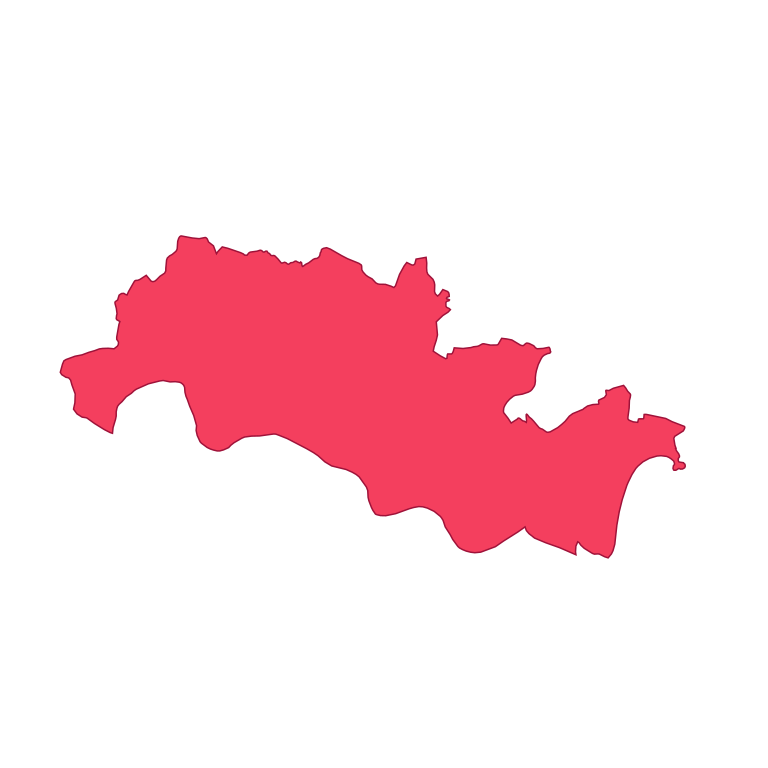 Son Tinh, Quảng Ngãi, Vietnam, rotated 18°
{"feature_id": "81297802B15613357308975", "entity_name": "Son Tinh", "entity_type": "district", "adm_level": 2, "iso_a3": "VNM", "parent_name": "Vietnam", "parent_adm1": "Quảng Ngãi", "projection": "orthographic", "projection_center": [108.755, 15.196], "detail": "fine", "context": "isolated", "style": "filled", "palette": "rose", "viewbox_px": 768, "rotation_deg": 18, "n_neighbors": 0, "source": "geoboundaries", "source_scale": "gbopen_adm2", "svg_char_len": 6154}
<svg xmlns="http://www.w3.org/2000/svg" viewBox="0 0 768 768"><g transform="rotate(18 384 384)"><path d="M179.1,305.3L173.3,303.2L171.0,300.6L169.6,299.9L168.7,299.9L163.3,302.9L156.4,304.4L145.6,305.8L144.9,306.1L144.2,307.0L143.7,308.8L143.7,312.0L145.5,319.2L145.5,320.4L145.1,322.1L142.5,326.3L140.5,328.4L139.0,331.1L138.9,333.3L140.7,341.2L141.5,343.9L141.1,346.4L137.7,350.7L135.6,354.9L134.5,356.7L133.5,357.6L132.1,358.2L130.7,358.1L124.3,354.1L119.6,359.9L117.9,361.4L115.9,362.2L115.2,362.8L114.8,363.8L112.5,374.9L112.1,378.7L110.6,378.7L108.5,378.2L106.5,379.0L105.6,380.0L104.6,381.4L104.7,386.4L103.0,388.7L102.9,389.5L103.4,390.7L106.0,394.7L108.4,399.7L108.5,401.6L109.1,404.5L109.9,405.4L113.5,406.2L113.5,409.3L115.3,422.0L116.0,424.1L118.3,425.9L118.7,426.7L119.1,428.6L118.8,430.3L116.4,433.9L110.8,435.2L105.5,437.1L102.4,438.6L98.5,441.7L93.6,445.0L87.8,449.6L81.5,453.1L74.0,459.0L72.4,460.9L72.1,464.4L72.5,472.9L74.6,474.7L79.4,475.9L82.2,475.6L84.7,477.1L87.4,481.2L93.4,488.9L95.8,497.3L96.5,503.9L101.3,507.3L107.1,508.8L111.4,508.1L112.5,508.3L120.8,511.0L132.2,513.8L138.4,514.8L141.0,514.8L139.8,509.2L139.6,500.6L139.2,497.2L137.9,493.2L137.5,489.9L137.5,487.5L138.3,485.2L140.3,481.7L142.8,475.7L146.6,470.9L148.4,467.6L150.1,465.4L159.9,456.6L169.8,450.4L172.9,448.9L179.9,448.1L184.7,446.3L188.9,445.5L191.0,445.7L192.9,446.5L194.0,447.2L195.4,448.8L197.3,453.4L199.5,456.9L201.6,459.3L206.1,465.2L212.8,472.8L218.6,481.5L219.7,486.3L222.3,490.7L226.9,495.7L228.6,496.7L235.4,499.0L239.0,499.5L242.4,499.5L246.0,499.2L248.5,498.4L251.8,496.2L255.9,492.5L257.3,489.5L259.5,486.2L265.4,479.6L267.8,477.5L274.1,474.5L281.8,471.8L294.4,465.7L296.6,465.1L299.6,465.2L308.8,465.8L330.4,469.4L338.0,471.0L343.5,472.6L351.8,476.3L359.6,478.1L374.4,477.0L381.0,477.7L385.4,478.6L389.1,480.0L399.1,487.4L401.5,490.4L403.9,496.7L405.7,499.7L410.3,505.4L412.6,507.7L416.1,510.4L417.8,510.5L421.4,510.2L426.4,508.7L435.2,503.7L446.6,494.8L450.5,492.2L455.0,489.8L458.9,488.8L463.6,488.6L471.0,489.6L478.3,492.4L479.9,493.4L482.3,495.4L486.4,501.0L493.5,506.8L497.4,510.6L504.5,515.7L506.5,516.6L509.8,517.2L513.8,517.5L518.4,517.2L522.5,516.4L528.0,514.0L540.2,504.3L546.3,496.3L557.1,483.3L562.3,476.3L564.7,479.4L568.1,481.5L574.8,484.0L586.9,485.0L601.5,485.4L619.3,487.1L618.0,484.4L616.6,478.9L617.0,474.2L618.6,474.6L620.9,476.4L625.2,478.4L634.5,480.7L636.6,480.8L639.9,479.5L641.4,479.2L647.2,480.1L650.9,480.1L652.8,475.3L653.3,471.7L653.0,465.0L649.1,446.4L647.2,432.8L646.3,420.3L646.3,405.5L646.6,402.0L647.8,393.5L649.6,386.5L650.9,383.6L654.3,378.0L659.4,372.6L665.8,368.2L669.6,366.6L675.2,365.5L677.9,365.8L680.6,366.6L683.4,367.8L684.7,369.6L685.1,370.8L684.5,372.2L684.9,374.9L686.0,376.3L686.5,376.4L688.3,375.8L690.5,373.2L691.3,373.1L692.0,373.4L694.2,372.6L695.8,370.8L695.9,370.0L695.9,369.0L695.0,367.3L693.7,366.8L693.2,366.3L688.8,367.0L688.1,366.6L687.4,365.7L686.9,363.9L687.5,362.0L687.2,361.0L685.8,359.3L682.9,357.2L681.2,355.2L681.6,354.9L679.6,352.3L676.4,346.1L676.7,343.9L683.1,336.2L683.5,334.4L683.6,332.7L683.2,331.8L682.7,331.5L669.6,330.8L662.6,329.7L643.2,331.8L641.6,332.2L640.8,332.6L641.6,336.1L641.3,337.0L637.4,338.3L636.9,338.7L637.1,342.1L632.7,343.0L628.3,342.7L626.7,341.8L626.2,340.0L624.6,331.2L622.5,323.8L622.3,320.4L621.9,318.2L621.3,317.4L618.0,315.6L615.0,313.0L612.3,311.3L603.4,317.2L600.0,320.7L597.2,321.3L597.0,321.9L598.8,325.5L597.8,328.7L593.3,332.9L593.3,334.1L594.4,336.2L594.3,336.9L589.0,339.0L584.4,342.0L581.6,345.6L581.2,346.5L572.6,353.9L570.2,357.3L567.8,363.5L565.5,367.5L562.7,371.8L556.9,378.1L554.8,379.3L553.5,379.5L548.6,378.0L546.9,378.0L545.0,377.6L537.8,373.1L535.1,371.6L532.4,370.6L529.7,368.8L529.0,368.6L528.7,369.1L529.2,370.8L530.8,374.5L531.2,376.5L528.7,376.0L527.7,376.2L525.9,375.7L524.1,374.9L522.9,374.7L522.1,375.0L521.6,376.2L517.0,381.8L512.5,378.2L506.7,374.3L506.0,373.0L505.3,369.6L505.6,366.8L506.5,363.4L508.2,359.6L510.8,355.6L512.3,354.2L518.7,350.9L523.7,347.2L525.5,345.3L526.5,343.4L527.5,340.0L527.7,338.0L527.1,334.4L526.0,331.3L525.2,327.4L524.8,323.9L524.7,317.8L525.6,311.5L526.2,309.1L527.5,307.0L530.3,304.4L531.6,303.8L532.3,303.2L532.6,302.4L532.6,301.8L531.9,301.0L531.1,299.4L529.9,298.2L529.5,298.1L524.3,301.0L518.7,303.2L516.6,302.7L515.5,301.8L514.3,301.3L509.5,300.6L507.2,300.9L506.2,301.8L504.7,304.4L503.9,304.7L502.0,304.9L492.0,302.6L486.9,303.2L481.8,304.2L480.4,310.7L480.1,311.4L479.3,312.0L473.2,314.1L466.5,314.9L465.1,315.5L462.3,318.5L461.0,319.4L457.7,320.9L455.4,322.5L448.2,325.8L439.6,327.9L439.8,331.5L439.5,333.7L439.0,334.5L435.3,335.7L435.2,336.8L435.9,340.1L434.8,340.9L428.8,339.8L420.7,337.6L420.2,333.2L420.2,326.3L419.7,320.8L414.5,308.7L418.8,300.7L422.7,295.9L424.2,292.8L422.8,292.1L419.9,291.7L418.9,290.9L417.7,287.5L417.9,286.5L418.5,285.7L420.0,284.8L420.3,283.8L419.9,283.6L417.3,283.6L416.9,283.2L417.2,282.0L419.0,280.6L418.3,278.8L417.4,277.3L416.0,276.4L410.8,276.0L409.1,281.6L407.8,283.8L405.0,282.4L403.5,280.5L401.6,274.0L400.3,271.6L398.2,269.3L391.8,266.1L390.1,264.0L388.7,260.6L387.3,255.8L384.9,250.5L375.9,255.3L376.2,260.3L375.2,261.8L373.8,262.2L368.1,261.4L366.7,265.4L364.9,274.9L364.6,287.1L363.6,289.2L360.5,288.8L354.5,288.8L348.6,290.6L347.0,290.7L344.9,290.3L340.2,287.7L335.7,286.9L333.0,286.0L329.4,283.9L327.6,282.2L326.3,278.7L325.6,277.8L322.9,277.0L310.6,276.1L304.0,275.0L291.2,272.3L287.3,272.1L284.6,273.6L283.4,274.8L283.0,275.9L283.3,277.5L282.9,278.6L283.2,281.8L282.7,283.7L281.5,285.2L279.6,286.1L278.2,287.3L274.9,292.1L272.5,294.4L270.6,297.2L270.1,297.4L269.1,296.2L268.2,294.2L267.1,293.7L266.7,294.8L264.1,294.7L262.5,294.3L261.4,294.7L259.9,296.5L257.8,297.5L256.7,299.1L256.0,299.7L254.9,299.6L253.5,299.0L251.9,298.9L249.7,300.5L248.8,300.6L244.6,297.9L240.7,295.9L239.5,295.8L238.0,296.5L236.7,296.6L234.8,295.3L233.2,295.1L231.6,293.8L231.3,293.9L230.5,294.2L229.2,295.6L228.8,295.7L228.1,295.7L226.4,294.9L224.9,295.0L222.2,296.9L216.0,299.9L214.9,301.2L213.9,303.9L211.5,304.5L210.2,303.8L207.0,303.4L193.5,303.2L187.8,303.6L185.2,309.1L184.4,311.9L179.1,305.3Z" fill="#f43f5e" stroke="#9f1239" stroke-width="1.5"/></g></svg>